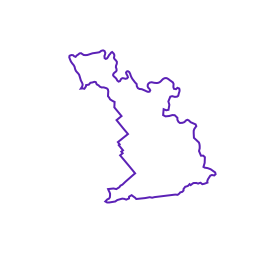 outline of Agudo, Rio Grande do Sul, Brazil, rotated 140°
{"feature_id": "56859067B5198359273903", "entity_name": "Agudo", "entity_type": "district", "adm_level": 2, "iso_a3": "BRA", "parent_name": "Brazil", "parent_adm1": "Rio Grande do Sul", "projection": "natural_earth1", "projection_center": [-53.238, -29.642], "detail": "fine", "context": "isolated", "style": "outline", "palette": "violet", "viewbox_px": 256, "rotation_deg": 140, "n_neighbors": 0, "source": "geoboundaries", "source_scale": "gbopen_adm2", "svg_char_len": 3380}
<svg xmlns="http://www.w3.org/2000/svg" viewBox="0 0 256 256"><g transform="rotate(140 128 128)"><path d="M152.1,58.0L135.8,47.4L134.6,46.6L132.9,44.9L130.9,44.8L129.4,45.1L127.4,44.2L125.7,44.4L124.6,45.6L121.9,46.2L120.7,45.6L119.1,45.1L116.9,45.4L116.7,44.0L114.7,43.9L113.3,43.8L111.0,42.0L110.0,40.3L108.8,40.0L107.6,39.4L107.2,37.2L105.3,36.2L102.2,35.1L101.5,36.3L99.8,37.3L95.6,38.6L94.0,38.1L92.4,36.2L90.6,36.3L89.8,37.9L91.2,43.3L92.8,46.1L94.7,48.3L95.2,49.7L91.7,52.0L89.7,54.2L87.9,56.2L88.1,58.4L89.9,59.9L88.4,64.7L86.1,66.4L84.6,68.2L83.6,69.8L83.0,71.3L83.8,78.1L81.0,81.8L79.4,83.7L77.7,84.7L74.5,85.5L73.9,87.3L76.3,92.2L76.5,94.5L77.1,96.0L78.3,96.5L81.1,96.3L83.0,97.0L85.0,98.5L85.4,100.3L84.9,102.5L83.6,104.1L84.0,107.8L85.7,109.4L88.7,110.7L91.8,112.8L92.8,115.3L88.6,119.5L87.3,117.0L85.3,115.9L81.4,119.2L80.0,122.4L75.5,124.8L73.7,124.0L72.1,121.7L70.3,120.5L68.8,120.4L66.6,122.0L65.0,123.0L64.1,123.9L63.4,125.3L64.3,127.0L66.3,126.9L67.6,128.5L67.0,130.1L66.0,131.2L64.8,132.4L64.3,134.0L64.9,136.5L65.3,137.9L65.6,139.5L66.3,141.3L67.5,142.4L68.6,142.8L69.8,143.0L71.2,142.9L72.7,142.7L73.9,142.7L75.3,143.0L76.4,143.5L77.4,144.3L78.7,145.6L79.6,146.7L80.4,147.8L82.1,148.8L83.9,148.9L85.2,148.3L86.2,147.2L86.6,145.9L86.4,144.4L86.7,142.6L88.1,142.0L89.4,142.8L90.2,144.1L90.7,145.3L92.5,148.9L94.1,150.5L94.8,152.2L94.4,154.3L93.1,156.2L93.3,158.3L93.2,160.4L93.1,162.7L92.8,164.5L92.2,166.5L91.6,167.9L91.1,170.0L91.6,171.6L92.7,172.1L93.9,171.7L94.5,170.4L94.8,168.5L95.4,166.9L96.8,166.6L98.3,167.3L99.4,168.9L100.3,169.8L101.6,170.0L102.8,169.6L104.0,169.1L105.4,169.6L105.7,171.3L105.3,173.0L105.3,174.4L105.7,176.9L105.4,178.2L104.0,179.0L102.5,179.1L101.0,179.0L99.9,179.3L98.9,180.5L98.2,182.4L97.0,183.5L95.3,184.4L94.0,185.8L93.8,187.6L94.0,189.3L93.7,190.8L92.5,191.7L91.6,192.6L91.1,194.2L91.3,196.4L92.5,196.6L94.2,196.2L95.8,196.0L97.2,195.4L99.2,194.8L100.6,195.2L101.0,196.5L99.8,198.3L98.5,199.0L97.1,200.1L96.5,202.1L97.2,203.5L98.9,204.3L101.1,204.4L102.6,205.2L107.1,208.0L108.8,208.7L110.4,209.3L112.3,210.1L113.9,211.3L115.0,212.4L115.4,213.7L115.9,215.5L117.2,216.3L119.0,216.3L120.7,216.5L122.4,216.2L123.1,217.5L123.3,219.1L124.5,220.3L126.3,220.9L127.5,220.0L128.2,218.2L129.0,215.6L129.2,213.4L129.2,211.0L129.6,209.2L130.6,207.2L131.2,205.3L131.2,203.2L131.1,201.8L131.2,200.3L131.7,199.0L132.4,197.4L133.0,196.0L133.6,194.6L133.9,193.1L134.3,191.5L135.0,190.2L136.5,189.2L138.8,188.5L137.4,187.6L136.2,186.1L133.5,186.9L132.5,187.8L131.5,187.2L130.2,186.4L127.7,186.8L126.1,185.8L124.1,185.0L123.2,183.9L123.9,181.5L123.1,179.5L123.0,177.8L122.1,176.0L120.4,174.6L118.8,172.1L118.6,170.5L119.6,168.7L120.6,167.7L122.9,165.2L122.9,163.5L123.3,161.5L122.6,159.2L122.1,157.9L121.5,156.6L125.2,152.6L125.3,141.3L131.7,141.4L131.9,130.7L131.9,123.4L144.8,123.7L144.9,120.8L146.1,120.8L146.2,114.1L148.3,114.2L148.3,112.1L151.6,112.1L151.6,98.4L151.7,88.7L154.4,88.7L164.2,88.5L165.9,88.4L168.7,88.2L170.8,88.7L172.7,88.2L176.2,88.7L178.0,91.0L182.5,94.0L183.0,92.5L183.3,91.1L183.9,89.3L184.8,88.2L186.4,86.6L187.9,86.1L189.7,86.6L191.0,86.5L192.6,86.3L191.9,84.4L190.4,83.1L185.0,79.9L182.5,79.7L180.7,78.9L177.8,77.6L176.4,76.1L175.4,74.3L172.5,73.4L171.3,74.7L168.4,74.2L167.9,72.0L167.4,70.1L167.3,68.3L159.9,63.3L157.6,62.0L155.8,61.0L154.3,59.1L152.1,58.0Z" fill="none" stroke="#5b21b6" stroke-width="2"/></g></svg>